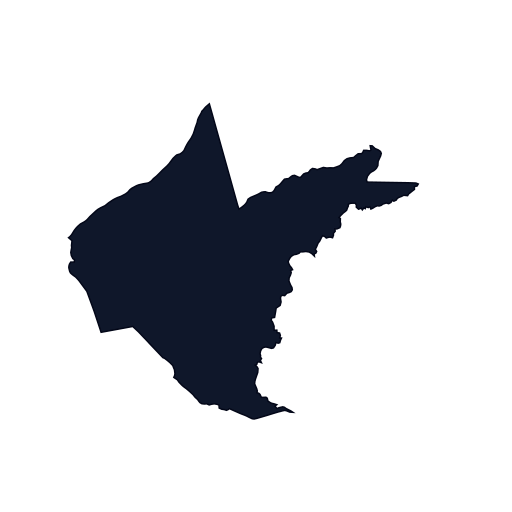 Lambari D'Oeste, Mato Grosso, Brazil, rotated 247°
{"feature_id": "56859067B64272920889218", "entity_name": "Lambari D'Oeste", "entity_type": "district", "adm_level": 2, "iso_a3": "BRA", "parent_name": "Brazil", "parent_adm1": "Mato Grosso", "projection": "albers", "projection_center": [-57.818, -15.449], "detail": "fine", "context": "isolated", "style": "filled", "palette": "ink", "viewbox_px": 512, "rotation_deg": 247, "n_neighbors": 0, "source": "geoboundaries", "source_scale": "gbopen_adm2", "svg_char_len": 5057}
<svg xmlns="http://www.w3.org/2000/svg" viewBox="0 0 512 512"><g transform="rotate(247 256 256)"><path d="M322.8,83.1L321.4,81.1L319.9,79.9L318.3,79.1L316.6,78.8L314.7,78.5L313.0,78.6L311.4,79.3L309.7,80.2L307.1,81.8L305.0,82.6L302.6,83.4L289.6,86.5L273.5,85.7L268.0,85.4L246.3,83.6L239.3,115.0L232.1,118.2L227.0,120.1L219.3,123.0L217.5,123.6L198.8,130.6L197.5,131.9L194.5,133.6L191.5,135.1L187.7,136.6L185.4,136.5L183.2,136.5L179.3,135.4L177.7,134.3L176.4,132.9L175.0,133.8L172.7,135.3L170.0,135.8L166.1,137.3L164.4,138.1L162.8,139.0L161.2,140.0L159.6,140.8L157.2,142.0L153.2,143.8L149.7,144.8L146.7,146.2L144.8,146.6L143.0,147.1L141.2,148.4L139.9,150.7L139.2,152.9L137.2,154.7L136.9,157.3L136.2,159.9L134.7,162.2L133.3,163.7L130.4,162.7L128.4,164.5L127.0,166.8L125.5,168.5L125.5,170.2L125.9,171.9L122.3,175.2L117.3,179.9L115.9,181.3L113.9,183.4L112.1,185.1L110.5,186.4L107.7,188.9L106.7,190.6L106.2,193.4L106.0,195.1L105.6,198.5L105.4,200.3L105.1,202.8L104.9,204.6L104.6,207.8L104.2,211.6L103.7,216.0L103.4,217.7L103.2,219.4L102.7,222.0L101.7,223.5L99.1,226.1L97.7,228.9L99.7,227.6L101.7,225.9L104.1,223.9L105.6,223.1L106.7,221.7L107.2,219.0L107.4,217.4L107.4,215.7L110.4,214.8L111.0,217.0L113.0,214.7L114.3,212.9L115.5,211.8L117.9,210.3L120.7,210.8L122.1,210.0L122.9,207.8L123.8,205.7L127.0,205.6L128.6,204.9L129.8,203.4L131.3,204.5L133.6,204.8L138.9,204.8L141.1,206.0L142.9,207.4L148.1,212.1L151.6,213.9L153.4,213.7L155.9,212.6L155.9,214.3L157.5,215.6L157.6,217.2L155.7,219.3L158.3,219.2L159.4,221.0L161.2,220.6L162.7,221.4L164.4,221.5L166.9,223.2L168.6,225.4L168.8,227.7L168.4,229.6L167.0,231.5L164.9,234.2L164.6,236.2L166.3,238.8L168.6,240.6L167.1,242.3L166.9,244.0L168.9,245.6L170.5,247.4L171.4,245.8L173.4,247.4L175.9,247.6L177.3,245.4L179.6,246.2L180.5,243.7L182.5,244.4L184.3,245.2L186.6,245.3L188.6,245.4L190.9,244.9L192.9,246.2L192.2,249.1L197.1,252.3L200.2,254.2L201.1,258.9L203.9,261.1L207.4,262.0L209.2,263.0L209.6,264.8L208.3,266.9L209.7,269.9L209.4,272.4L209.5,274.5L210.7,276.2L212.9,276.8L215.7,276.5L218.3,276.5L220.3,276.6L223.0,278.0L224.9,280.2L226.9,281.9L229.2,282.2L229.1,284.3L231.3,284.1L234.0,283.3L236.8,283.2L238.4,283.5L239.5,284.7L240.7,286.2L241.9,288.3L242.4,291.3L241.8,293.9L241.7,296.7L242.5,298.4L241.5,300.8L240.7,303.6L238.9,306.5L236.4,308.3L233.1,309.7L235.2,310.3L235.2,312.1L236.5,313.6L239.0,313.2L240.9,315.5L243.6,318.2L244.7,320.3L246.3,322.2L247.4,323.4L248.7,325.3L246.7,327.1L245.1,327.7L244.8,330.6L244.1,332.1L242.9,333.6L244.8,335.4L246.6,336.1L247.9,338.6L250.1,339.1L249.3,341.1L249.3,344.3L250.7,345.6L252.3,346.5L254.5,346.9L257.5,348.3L258.9,347.4L260.0,349.4L261.5,353.1L262.2,355.9L262.8,357.4L264.6,359.0L265.9,360.5L267.5,361.1L267.6,363.5L266.9,365.5L265.8,368.0L263.6,368.3L261.8,367.4L259.0,368.7L258.9,371.6L256.9,371.9L258.1,374.1L256.9,375.1L258.4,376.3L256.7,378.3L256.9,380.1L254.3,380.1L254.4,382.4L254.8,384.5L254.9,387.2L253.9,388.9L253.7,391.0L254.2,393.1L253.9,396.6L252.3,398.6L252.6,401.2L254.1,403.3L252.6,404.3L252.7,407.0L253.8,408.5L254.1,410.4L254.0,413.2L254.2,415.7L253.2,417.5L252.3,419.1L253.6,421.0L254.0,422.8L254.5,424.4L254.9,425.9L255.4,427.9L258.0,428.9L257.5,431.6L258.9,433.5L260.7,431.7L264.1,424.4L280.6,387.2L282.9,387.4L285.8,389.7L287.7,392.9L288.3,395.1L288.5,397.5L289.1,399.7L289.8,401.2L291.6,403.5L295.4,405.4L297.6,407.8L299.4,409.8L301.5,411.4L303.6,411.4L305.9,410.0L308.4,407.6L312.0,406.0L312.9,404.2L310.8,403.7L308.8,403.4L308.3,401.8L310.1,399.0L311.2,396.4L309.5,394.6L309.0,393.1L310.2,390.0L309.3,386.7L308.5,384.4L309.1,382.4L309.6,380.8L310.0,377.8L309.3,374.6L307.3,371.1L306.4,368.5L306.5,365.4L306.8,361.7L308.2,358.8L309.3,355.6L311.2,352.6L311.6,346.0L313.0,344.6L314.5,342.2L314.0,339.7L313.1,338.3L312.3,336.5L312.9,334.1L312.9,331.9L311.0,327.8L311.6,326.3L315.2,323.0L315.7,320.9L315.4,319.3L314.5,316.2L315.1,314.4L315.6,312.2L314.4,309.7L312.8,306.6L312.0,304.3L311.7,301.4L309.2,298.3L308.2,296.0L308.6,293.9L309.3,292.3L310.3,291.0L311.5,289.7L312.1,287.9L312.5,286.0L312.1,282.7L312.0,280.6L312.0,277.6L312.0,273.8L311.4,270.9L309.1,268.5L308.1,266.8L307.4,265.2L306.6,262.4L306.1,260.3L305.8,258.6L310.2,259.0L337.1,262.5L395.0,270.0L401.8,270.9L414.3,272.5L412.9,268.1L412.1,266.3L411.2,264.7L410.4,262.7L409.1,261.5L405.8,257.2L404.1,255.5L402.0,254.1L397.7,250.1L395.6,248.4L392.7,245.8L389.8,242.3L387.1,238.0L385.7,236.1L384.0,234.0L381.2,230.9L380.2,228.7L379.6,226.1L380.0,222.7L379.6,221.2L378.3,217.8L374.9,212.0L373.6,209.1L371.7,203.7L369.9,199.4L368.4,195.6L367.3,191.8L366.0,189.1L365.4,186.3L365.5,184.6L366.5,180.6L367.3,175.9L367.4,173.5L366.9,168.1L366.3,165.9L364.8,162.9L364.1,160.1L363.7,155.1L363.9,151.3L363.8,148.6L363.6,146.5L362.6,141.2L361.3,136.7L361.1,131.9L360.7,128.7L360.0,126.2L357.2,118.5L355.5,114.9L354.9,113.1L354.5,111.1L354.1,106.9L352.9,103.3L351.9,101.1L350.5,98.6L347.6,94.5L346.5,92.2L346.1,90.6L342.0,92.6L339.8,91.4L337.9,90.3L335.7,89.6L333.8,88.3L331.6,86.9L328.6,86.2L325.1,86.4L323.5,87.5L321.4,86.3L322.8,83.1Z" fill="#0f172a" stroke="#020617" stroke-width="1.5"/></g></svg>